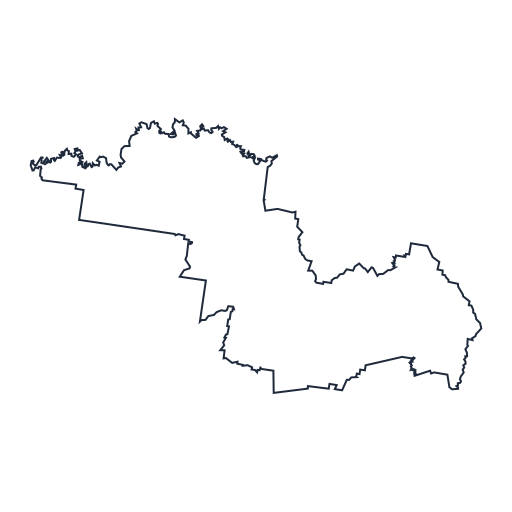 Indigo, Victoria, Australia
{"feature_id": "25037944B29539471298626", "entity_name": "Indigo", "entity_type": "district", "adm_level": 2, "iso_a3": "AUS", "parent_name": "Australia", "parent_adm1": "Victoria", "projection": "orthographic", "projection_center": [146.626, -36.209], "detail": "fine", "context": "isolated", "style": "outline", "palette": "slate", "viewbox_px": 512, "rotation_deg": 0, "n_neighbors": 0, "source": "geoboundaries", "source_scale": "gbopen_adm2", "svg_char_len": 6026}
<svg xmlns="http://www.w3.org/2000/svg" viewBox="0 0 512 512"><path d="M31.6,161.0L30.7,165.2L32.5,170.5L33.6,170.4L35.3,167.3L38.2,168.3L38.8,166.8L40.8,166.6L41.4,168.4L40.7,169.3L40.1,175.8L41.9,177.6L41.5,178.9L42.6,180.3L76.2,184.6L75.5,188.6L83.6,190.0L79.1,219.9L174.8,234.0L175.4,235.3L178.4,234.1L184.6,235.7L184.0,239.0L188.8,239.8L188.5,241.5L192.0,242.1L191.8,243.3L190.3,244.0L188.2,243.6L186.8,255.9L185.4,259.5L190.1,266.7L189.5,268.4L184.0,270.2L179.8,276.7L205.9,280.5L199.9,321.6L201.4,320.1L205.5,319.9L208.3,316.1L214.0,314.9L216.6,312.1L221.3,310.3L225.1,310.9L226.8,310.3L228.3,306.2L233.1,306.7L234.0,309.3L232.7,309.1L232.4,311.2L230.8,312.0L229.7,319.2L228.2,319.5L227.2,326.1L229.0,326.4L227.4,334.2L226.0,334.5L224.4,337.5L225.9,337.8L223.2,342.4L224.2,345.3L220.3,350.2L224.6,350.3L223.6,358.4L225.8,358.0L232.2,362.9L237.5,361.7L237.3,363.7L242.9,364.9L242.7,365.8L247.6,365.2L252.1,367.3L251.6,369.5L255.0,370.0L257.1,372.3L257.6,369.9L259.7,370.2L260.4,367.7L261.8,369.0L273.4,370.7L273.7,392.9L307.8,388.6L307.9,386.1L328.7,388.7L329.5,383.9L336.7,385.1L334.8,389.1L342.1,390.3L346.8,379.8L349.1,379.9L351.3,377.4L356.7,377.1L356.2,376.7L356.8,373.6L359.5,374.1L360.2,369.6L364.9,370.3L365.6,365.3L402.1,356.9L411.2,358.3L413.8,357.7L414.5,358.1L413.5,359.2L413.3,357.9L411.5,359.6L411.7,360.6L410.9,361.1L412.0,361.8L410.5,362.2L410.9,363.4L410.1,363.3L411.8,365.4L410.8,366.4L411.6,367.7L410.8,369.9L413.3,369.1L414.2,369.4L413.6,370.3L415.2,370.3L414.8,371.3L415.4,371.2L415.4,372.0L414.5,372.7L415.5,373.6L414.3,373.9L414.6,375.8L430.1,370.7L431.1,373.5L434.1,372.4L447.4,374.7L449.4,387.2L452.1,389.3L458.1,388.8L458.0,387.4L456.4,386.1L458.0,385.2L457.8,383.2L460.2,382.8L461.0,381.4L459.9,379.1L460.9,376.3L463.7,372.5L462.7,369.5L464.2,367.6L463.3,365.3L465.6,363.7L465.4,361.4L464.1,359.4L465.7,357.7L465.3,356.3L467.1,356.2L466.9,352.8L465.4,349.2L468.0,345.9L467.3,344.7L467.7,338.9L472.5,340.1L472.0,338.3L475.4,336.2L476.1,334.1L481.3,328.4L480.0,322.9L476.4,319.4L475.0,313.8L473.2,312.6L473.2,309.7L471.4,305.6L468.8,305.2L469.5,301.3L463.2,296.4L462.9,294.6L458.2,286.7L457.9,283.8L448.5,281.8L448.5,279.9L445.9,277.2L445.1,275.2L442.4,274.7L442.7,270.5L437.5,269.5L439.3,262.0L432.7,257.1L427.4,246.0L411.0,243.3L409.1,254.4L405.9,253.9L405.4,256.7L404.2,255.7L404.0,256.8L396.0,255.5L395.7,257.5L393.6,257.1L395.0,259.9L394.6,261.6L393.9,261.4L394.1,262.6L393.0,262.8L394.0,263.5L392.9,263.8L394.4,265.3L393.3,266.3L393.8,267.2L395.3,267.4L390.4,270.2L388.1,270.1L383.2,273.9L379.2,274.1L377.4,275.9L373.1,268.0L371.6,267.3L367.8,272.1L365.1,268.5L363.8,268.3L359.2,263.5L354.9,266.5L353.1,270.6L346.6,269.3L343.5,273.7L339.8,274.4L337.1,277.7L334.7,278.0L331.7,280.3L331.3,283.0L323.4,281.8L323.1,283.9L316.4,282.7L315.1,281.1L316.0,279.0L315.7,275.4L312.3,270.7L308.2,270.6L311.6,261.2L307.5,260.5L305.2,258.9L303.5,255.4L302.0,254.7L301.4,252.6L299.9,251.3L299.5,246.6L300.4,245.2L299.1,242.7L299.6,239.6L298.2,239.3L298.6,237.1L302.4,232.2L297.2,226.7L298.3,219.1L295.2,218.6L295.5,211.7L292.5,212.5L277.5,208.9L265.4,210.7L263.6,200.1L264.5,199.7L263.8,199.1L267.7,167.1L270.3,165.6L271.8,163.6L271.4,161.1L277.1,156.5L276.8,155.2L272.2,157.7L269.8,156.4L266.5,158.0L266.2,159.6L267.0,160.6L265.7,161.7L261.9,160.3L261.0,159.0L258.0,158.6L258.0,159.5L260.4,160.7L258.0,164.1L256.3,164.1L254.7,163.1L253.7,160.7L254.8,158.0L252.8,158.4L251.7,157.6L254.7,155.9L253.8,154.2L251.2,153.9L249.9,156.1L248.6,151.7L247.4,153.4L249.4,157.2L246.9,157.9L245.7,156.2L243.1,156.3L242.8,155.4L244.0,153.8L241.8,153.8L240.6,152.0L244.0,151.6L244.3,149.9L240.6,149.5L240.2,148.0L240.9,146.2L238.1,146.1L237.0,144.2L237.2,146.7L236.2,147.1L234.5,145.0L232.1,143.9L233.1,141.7L230.8,141.9L229.9,140.0L227.9,141.7L227.4,141.0L228.2,139.5L227.2,138.5L224.7,140.0L224.2,137.1L222.1,135.8L221.8,134.5L225.5,132.3L223.1,131.1L226.6,128.8L223.9,127.1L221.7,128.2L220.0,127.3L218.9,128.8L218.1,126.0L216.2,127.9L211.4,128.3L211.2,129.7L212.6,131.9L211.3,133.1L209.6,132.5L208.0,130.2L204.8,130.6L203.8,128.4L201.7,129.3L201.8,127.0L203.3,126.0L202.0,124.3L200.2,126.2L201.0,128.6L200.2,130.5L197.1,130.9L198.5,133.2L196.4,134.1L196.5,135.2L198.6,135.1L198.9,136.0L196.1,137.8L191.0,133.5L190.9,132.3L188.4,133.4L188.5,128.8L185.7,125.6L182.8,125.3L183.8,122.4L182.8,120.4L179.4,122.4L174.9,119.1L174.8,122.2L173.1,124.2L172.5,127.4L174.5,130.6L170.8,134.0L173.3,134.4L175.1,132.8L176.0,135.6L174.6,136.9L170.9,137.3L169.0,136.5L168.5,134.0L165.1,133.8L164.0,132.3L162.3,133.1L160.9,131.6L160.5,133.4L159.5,133.1L159.1,131.1L160.9,129.1L157.4,125.9L158.0,123.9L157.3,122.9L154.8,123.7L153.9,121.3L151.0,122.9L149.9,128.2L148.7,129.0L147.4,128.0L146.6,124.1L141.4,122.3L139.4,123.5L141.1,127.3L138.5,127.5L138.9,130.1L138.0,130.3L136.2,128.8L136.7,130.7L135.4,132.0L137.0,133.3L131.3,135.9L129.1,141.0L129.6,146.0L124.5,146.1L121.5,149.0L120.6,154.7L121.0,157.4L124.5,161.5L122.3,163.7L119.5,163.0L121.0,166.5L118.2,167.5L116.4,169.9L111.3,164.3L109.8,164.2L108.8,165.4L107.8,164.8L106.6,162.7L106.0,158.1L103.0,156.6L100.9,157.2L99.7,156.6L96.9,160.5L99.6,161.8L98.7,165.7L96.3,164.8L94.8,165.4L92.8,163.2L92.5,166.6L91.6,167.1L89.7,163.6L88.6,164.1L88.0,165.8L86.6,165.2L86.3,162.2L84.6,163.9L84.5,166.6L86.8,166.7L85.4,168.3L82.3,166.8L82.0,163.5L78.3,164.9L78.8,162.8L82.0,161.8L79.8,160.5L79.7,158.8L82.8,158.3L82.1,155.7L79.4,157.3L77.9,156.5L78.1,154.8L81.9,153.2L79.7,150.0L76.4,150.9L76.3,149.6L78.2,148.2L74.7,149.0L75.5,151.6L74.4,153.1L76.1,154.5L73.8,156.8L71.5,155.9L71.3,153.7L68.6,154.0L68.9,151.2L67.4,150.4L66.9,148.8L65.0,150.6L64.3,153.0L62.7,151.7L61.3,152.3L61.7,153.7L64.1,154.9L63.2,155.7L59.9,155.1L61.1,157.2L60.7,157.9L56.8,157.7L54.8,160.9L54.0,160.1L54.0,158.1L51.1,158.8L51.0,161.8L50.4,162.5L48.1,162.0L46.1,163.4L46.4,161.6L48.7,160.5L46.8,157.9L44.0,161.5L43.9,163.7L41.3,162.8L41.7,160.4L40.8,158.7L41.5,157.8L43.4,157.9L42.0,157.4L41.0,157.6L36.4,165.1L35.0,165.3L32.1,163.1L33.7,161.7L33.2,160.6L31.6,161.0Z" fill="none" stroke="#1e293b" stroke-width="2"/></svg>